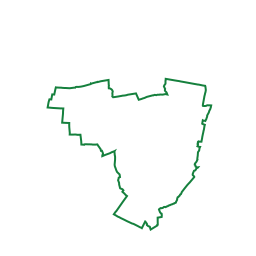 outline of Oltenesti, Vaslui, Romania, rotated 305°
{"feature_id": "2599482B69847622233243", "entity_name": "Oltenesti", "entity_type": "district", "adm_level": 2, "iso_a3": "ROU", "parent_name": "Romania", "parent_adm1": "Vaslui", "projection": "robinson", "projection_center": [27.897, 46.604], "detail": "fine", "context": "isolated", "style": "outline", "palette": "green", "viewbox_px": 256, "rotation_deg": 305, "n_neighbors": 0, "source": "geoboundaries", "source_scale": "gbopen_adm2", "svg_char_len": 5639}
<svg xmlns="http://www.w3.org/2000/svg" viewBox="0 0 256 256"><g transform="rotate(305 128 128)"><path d="M189.9,130.7L189.1,131.2L188.5,131.6L188.2,131.6L186.1,133.1L185.7,133.3L185.4,133.3L184.3,133.2L183.7,133.4L183.1,133.4L182.7,133.5L182.4,134.0L181.5,135.6L181.3,136.0L180.5,136.3L180.0,136.6L179.7,137.0L179.5,137.7L179.4,138.4L179.2,139.2L178.0,141.0L177.2,139.1L176.6,138.6L176.0,138.0L175.3,137.4L174.8,136.6L174.1,135.6L173.8,135.0L173.1,134.5L172.6,133.7L172.2,133.1L171.1,132.3L170.5,130.9L170.2,130.7L169.7,130.3L169.5,130.2L169.3,130.1L169.2,129.9L169.0,129.6L168.2,128.9L164.2,125.5L162.1,124.3L160.6,123.1L159.5,122.4L157.3,120.6L158.9,118.0L160.9,114.7L160.4,114.2L155.1,108.7L154.0,107.9L152.9,106.8L152.2,106.0L151.2,104.8L150.7,104.4L149.7,103.4L148.0,101.7L145.7,99.3L144.8,98.3L144.4,97.6L144.3,97.4L144.2,97.4L145.8,96.6L147.0,95.7L147.4,95.3L147.8,95.1L149.1,94.6L149.3,94.3L149.6,94.0L149.8,93.6L150.1,92.8L150.2,92.2L150.1,90.8L149.9,90.2L149.5,89.5L149.7,89.3L150.3,88.9L151.3,88.2L152.0,87.9L152.4,87.4L156.2,84.5L150.7,78.9L148.2,76.8L148.2,76.7L148.2,76.4L147.7,76.2L147.2,75.7L143.1,72.3L143.1,72.2L142.9,72.3L142.6,72.3L142.5,72.2L137.0,67.7L135.4,66.2L134.5,65.3L133.1,63.7L132.6,62.9L132.1,62.2L131.7,61.8L131.3,61.9L131.2,62.0L131.2,62.3L130.8,61.5L130.3,60.9L127.1,57.4L125.2,54.3L124.5,53.3L123.6,51.8L123.0,50.8L122.7,50.1L120.8,47.3L120.5,46.6L120.2,46.3L119.9,45.6L117.8,46.4L113.1,48.4L112.3,47.1L112.1,46.7L110.9,47.2L107.4,48.8L107.0,48.1L106.4,47.2L103.7,48.1L98.7,50.4L99.3,51.4L101.3,54.9L105.3,61.4L106.9,63.8L104.3,65.3L102.5,66.5L94.6,71.0L95.5,72.5L98.4,77.0L96.5,78.3L94.9,79.5L90.6,83.1L89.7,83.7L89.2,84.0L89.6,84.6L90.3,85.7L92.3,88.4L92.7,89.0L93.0,89.6L93.3,90.3L93.7,90.9L95.2,92.9L90.3,97.3L87.7,99.3L89.1,101.6L89.3,101.5L89.5,101.6L90.1,102.2L90.9,103.4L93.7,107.6L94.2,108.7L95.4,110.4L95.8,111.0L96.2,111.4L96.6,111.9L96.8,112.0L97.0,112.3L96.4,113.6L95.8,115.4L95.2,116.9L95.0,117.6L94.8,117.9L94.4,118.2L94.2,118.5L93.8,119.0L94.4,119.7L94.2,120.0L93.9,120.5L93.5,121.2L93.1,121.6L92.9,122.0L92.7,122.2L92.4,122.4L91.5,122.5L90.8,122.7L90.2,123.1L92.8,124.7L96.9,127.6L99.1,128.7L99.3,129.0L100.3,129.5L100.8,130.0L101.4,130.3L100.7,130.4L100.0,131.2L98.2,132.7L97.6,133.4L96.8,134.1L94.6,135.6L90.4,138.0L89.8,138.5L89.0,139.3L88.8,139.6L88.0,140.8L87.7,141.2L86.6,142.7L85.7,144.3L85.3,146.7L85.2,147.5L85.0,147.9L83.2,149.6L82.2,149.0L82.0,148.9L81.7,149.0L81.0,149.4L79.6,149.8L79.4,150.0L78.9,150.8L77.9,152.2L76.5,153.3L75.0,155.1L74.4,155.7L74.1,156.2L74.3,157.2L74.5,157.7L74.6,158.5L74.6,159.0L74.4,159.5L74.3,160.0L74.0,160.0L72.6,159.9L72.5,160.0L72.3,162.4L71.8,164.5L71.7,166.2L65.1,166.1L54.3,166.1L52.9,166.1L52.5,165.9L49.2,165.9L49.4,168.1L49.5,168.7L49.5,170.2L49.9,172.0L50.1,174.0L50.6,176.9L51.2,181.1L51.6,183.2L52.1,186.2L52.4,186.9L52.6,187.5L53.3,192.3L53.6,194.9L53.9,195.9L53.9,196.8L61.3,195.7L61.3,195.9L61.2,196.1L60.6,197.8L60.5,198.1L60.4,198.4L60.2,198.6L59.8,198.7L59.5,198.9L59.3,199.2L59.3,199.6L59.4,200.0L59.2,200.5L59.3,201.4L59.5,201.7L59.6,202.1L59.6,202.4L59.5,202.8L58.7,203.6L57.8,204.8L64.9,207.9L65.4,207.5L65.9,207.8L67.4,206.7L71.6,203.7L74.4,206.6L75.5,206.0L76.2,205.5L77.1,204.7L77.0,204.3L76.9,204.0L77.0,203.8L77.1,203.6L77.3,202.7L77.6,202.2L79.0,200.1L79.7,200.1L80.2,200.3L80.6,200.5L80.8,200.7L81.1,200.7L81.3,200.9L81.4,201.3L81.7,201.6L82.2,202.1L82.9,202.5L83.1,202.5L83.6,202.6L83.8,202.7L84.1,202.9L84.6,203.7L84.6,204.0L84.9,204.3L85.7,204.6L86.0,204.8L86.3,205.0L86.7,205.4L87.2,205.6L87.5,205.6L88.0,206.0L88.5,206.2L88.8,206.6L89.0,206.7L90.3,207.4L90.6,207.8L91.3,208.2L91.5,208.3L92.0,208.6L92.5,209.1L93.1,209.1L93.5,209.5L94.2,210.0L94.4,210.0L95.0,209.7L96.9,209.5L97.3,209.4L97.6,209.3L97.9,209.0L99.3,208.5L99.8,208.4L100.3,208.8L100.6,208.9L100.9,208.8L101.3,208.8L101.9,209.1L102.2,209.1L102.8,209.0L103.5,208.9L104.1,209.3L104.6,209.2L105.8,209.0L106.3,208.8L110.8,209.0L115.4,209.3L118.4,209.7L118.6,209.8L118.9,209.8L125.8,210.4L126.1,210.2L126.2,209.9L126.5,208.9L126.5,208.3L126.6,208.0L126.9,207.7L127.5,207.4L128.9,207.0L130.8,206.6L131.7,207.3L131.9,207.4L132.9,207.4L133.5,207.3L134.2,207.2L134.7,207.5L135.0,207.4L135.8,208.0L136.0,208.0L135.7,207.7L135.4,207.2L135.3,206.9L135.2,206.6L135.2,206.2L135.3,205.8L135.2,205.6L135.5,205.3L135.5,205.1L136.1,204.6L136.2,204.3L136.2,203.7L137.0,203.3L137.4,203.3L138.1,203.3L138.7,203.4L140.1,203.4L141.2,203.1L141.9,203.1L142.1,202.7L143.3,202.0L143.5,201.9L145.3,201.0L148.3,199.2L148.7,199.2L150.4,199.2L151.2,198.8L152.4,198.2L153.8,197.9L153.6,197.6L153.2,196.6L152.9,195.5L153.3,195.5L154.8,194.7L154.7,194.5L154.6,194.4L155.3,193.9L156.0,193.7L156.5,193.4L156.7,193.7L157.5,193.5L157.9,194.5L158.9,196.0L160.9,195.1L161.6,194.8L162.5,194.4L163.0,194.1L166.0,192.8L167.5,192.2L169.3,191.4L170.0,191.2L173.1,189.7L173.6,189.5L174.7,189.1L174.2,187.3L174.2,187.0L174.1,186.3L177.1,184.9L177.1,185.4L177.2,185.6L177.4,185.6L177.5,185.9L177.9,186.6L178.1,187.3L180.3,187.0L181.2,186.7L181.9,186.5L182.4,186.4L183.1,186.1L183.6,185.7L183.8,185.7L184.8,185.5L185.2,185.5L185.5,185.5L186.3,185.4L187.4,185.2L188.9,184.7L190.3,184.6L190.8,184.5L191.5,184.2L192.2,184.1L193.2,183.6L194.2,183.2L193.5,182.0L192.2,180.1L191.8,179.7L191.1,179.4L190.1,178.4L189.6,177.6L189.2,176.9L189.1,176.6L189.3,176.4L190.4,175.8L197.4,172.6L197.5,172.5L199.4,171.8L200.8,171.2L201.8,170.9L203.7,170.0L205.4,168.5L205.9,168.0L206.2,167.8L206.7,167.1L206.8,167.0L205.7,164.8L204.1,161.0L203.6,160.2L203.3,159.5L201.8,156.3L199.1,150.4L197.4,146.7L196.5,144.8L195.7,142.9L194.8,141.1L193.7,138.8L189.9,130.7Z" fill="none" stroke="#15803d" stroke-width="2"/></g></svg>